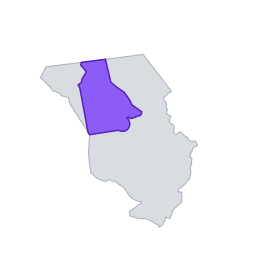 Chad, with Borkou highlighted, rotated 323°
{"feature_id": "TCD-5577", "entity_name": "Borkou", "entity_type": "Préfecture", "adm_level": 1, "iso_a3": "TCD", "parent_name": "Chad", "parent_adm1": "", "projection": "robinson", "projection_center": [18.999, 18.69], "detail": "fine", "context": "in_parent", "style": "filled", "palette": "violet", "viewbox_px": 256, "rotation_deg": 323, "n_neighbors": 0, "source": "natural_earth", "source_scale": "10m", "svg_char_len": 4640}
<svg xmlns="http://www.w3.org/2000/svg" viewBox="0 0 256 256"><g transform="rotate(323 128 128)"><path d="M184.4,78.3L184.4,83.8L184.4,89.3L184.5,94.8L184.5,100.3L184.6,105.8L184.6,111.3L184.6,116.7L184.7,122.2L184.7,124.1L184.6,124.8L184.3,125.0L181.7,124.5L180.6,124.5L179.1,124.9L176.8,125.1L175.3,125.0L174.2,126.0L173.4,127.1L173.8,129.8L173.7,130.7L173.4,131.7L172.7,132.5L172.0,133.1L171.6,133.7L171.1,134.9L170.7,135.5L170.8,136.3L170.7,137.1L170.2,137.5L169.2,137.8L168.5,138.2L167.9,138.8L167.5,139.2L167.7,139.8L168.0,140.5L168.2,141.8L168.3,142.5L168.8,143.1L169.1,143.5L169.2,144.0L168.9,144.4L167.6,145.3L167.1,145.6L166.5,146.1L166.3,146.2L165.3,147.1L164.8,147.8L164.6,148.4L164.6,149.3L165.1,150.6L165.6,151.7L165.9,152.5L166.0,153.4L165.9,154.2L165.7,155.0L165.2,155.6L163.4,156.9L162.5,158.3L161.8,160.0L161.6,160.9L161.8,161.5L162.2,162.0L162.7,162.3L163.5,162.3L164.8,162.1L166.0,161.9L167.3,162.5L168.0,163.9L167.7,164.9L168.2,166.8L168.7,169.0L168.6,169.8L168.8,170.1L169.6,170.2L169.8,170.7L169.5,174.7L169.9,175.8L170.5,176.6L171.1,177.0L171.7,177.5L172.0,177.9L172.7,177.9L173.5,178.7L173.7,179.6L173.7,180.6L173.2,182.6L172.9,183.9L172.4,183.8L171.5,183.5L170.3,183.2L168.9,183.0L167.6,183.5L166.1,184.2L165.7,184.7L165.3,185.1L164.6,185.0L164.0,185.1L163.7,185.6L163.2,186.2L161.1,187.3L160.7,187.7L160.4,188.1L160.4,188.6L160.6,189.5L160.6,190.7L160.1,191.7L159.6,192.3L159.0,192.5L158.5,192.7L158.1,193.1L157.1,195.2L156.6,195.6L155.6,195.5L152.9,198.8L152.6,199.7L151.6,201.0L150.3,202.5L149.2,203.3L149.1,203.5L148.8,203.8L148.1,204.2L145.7,206.0L142.7,205.9L141.4,206.6L140.2,206.9L138.4,207.3L137.8,207.2L135.4,207.4L132.7,207.3L131.6,207.6L130.6,208.3L129.9,208.9L129.8,209.1L129.9,209.4L129.9,209.6L131.8,211.0L132.3,211.8L131.8,212.5L131.6,212.6L131.2,213.2L130.1,214.9L128.4,216.8L127.5,217.4L127.1,217.8L126.7,219.1L126.4,219.3L125.2,219.5L122.9,219.6L119.6,220.0L117.7,220.2L116.5,220.1L114.8,221.0L114.2,221.2L113.8,221.3L112.1,222.2L110.7,223.5L110.2,223.8L108.2,224.4L107.5,225.3L107.1,225.4L105.8,224.1L105.0,223.0L104.6,221.9L104.5,221.5L104.3,221.6L103.6,222.1L103.0,222.7L102.7,223.7L100.7,224.5L98.9,225.1L98.1,225.9L96.9,226.3L95.3,226.1L94.1,225.8L92.9,225.7L93.5,224.7L93.7,224.0L93.8,223.1L93.7,222.5L93.0,222.2L92.6,221.7L91.5,218.8L90.5,215.9L89.0,213.0L87.4,211.1L86.3,210.0L85.9,209.9L85.3,209.5L84.9,209.2L82.8,207.2L80.6,205.0L80.0,204.0L78.9,202.5L77.7,201.0L77.0,200.3L76.7,199.0L77.6,197.9L78.5,196.4L79.6,195.5L81.1,195.4L83.5,195.8L86.0,195.9L88.6,195.6L89.2,195.4L89.9,195.5L91.3,195.8L93.7,195.7L94.9,195.1L93.6,194.1L92.1,192.6L90.8,190.8L90.0,189.3L89.3,187.2L88.6,184.7L88.2,181.5L88.3,179.7L88.5,178.4L89.2,176.3L88.7,175.0L88.8,174.0L88.8,172.5L88.5,171.7L87.6,169.3L87.4,169.0L86.6,167.3L86.3,164.4L85.4,162.5L83.9,161.6L83.0,160.5L82.7,158.5L82.1,158.0L79.8,157.3L77.9,157.3L76.4,155.1L74.6,152.3L73.0,149.6L71.9,144.3L71.3,141.3L72.0,140.4L73.4,138.2L75.2,134.1L79.2,127.7L81.3,124.4L85.4,119.5L90.4,113.6L93.3,110.2L93.8,104.0L94.3,97.5L94.6,92.6L95.1,86.7L95.5,81.9L95.8,78.3L96.2,73.3L96.6,72.3L98.5,68.4L98.7,67.8L98.3,67.2L95.6,63.8L94.7,63.1L94.2,61.3L94.9,60.4L91.6,54.7L90.8,54.0L90.4,53.4L90.4,52.3L90.4,48.4L89.5,42.3L88.4,35.2L92.3,33.2L95.3,31.7L99.1,29.7L102.6,31.7L107.7,34.6L112.8,37.5L117.8,40.4L122.9,43.4L128.0,46.3L133.1,49.2L138.2,52.1L143.3,55.0L148.5,57.9L153.6,60.8L158.7,63.7L163.8,66.7L168.9,69.6L174.1,72.5L179.2,75.4L184.4,78.3Z" fill="#d9dde1" stroke="#a8b0b8" stroke-width="1"/><path d="M133.1,49.2L134.2,49.8L135.5,50.5L136.8,51.3L138.1,52.0L139.4,52.8L140.8,53.5L142.1,54.3L143.4,55.0L144.7,55.8L146.0,56.5L147.3,57.3L148.7,58.0L150.0,58.8L151.3,59.5L141.9,81.0L143.5,88.3L146.4,97.1L146.4,101.4L146.1,106.8L145.1,112.0L147.8,120.5L148.7,123.3L147.1,124.9L146.1,125.0L145.7,125.3L145.1,125.4L144.9,125.4L143.8,124.8L143.3,124.4L143.1,124.3L142.7,124.1L141.9,124.0L140.4,123.8L139.8,123.7L139.4,123.4L138.1,123.0L137.3,122.8L137.1,122.8L135.7,121.7L135.4,121.4L135.2,120.1L135.2,119.9L135.1,119.7L134.9,119.5L134.4,119.3L134.2,119.3L133.9,119.4L133.7,119.1L133.4,119.2L133.5,120.5L133.4,121.9L133.3,122.1L132.5,124.7L132.2,125.4L131.6,126.1L130.4,127.2L130.0,127.6L128.9,128.1L126.7,128.9L126.4,128.9L125.5,128.9L123.3,128.4L122.6,128.0L121.3,127.1L120.3,126.1L119.4,124.9L118.9,124.1L118.7,123.9L106.1,117.1L93.4,110.3L93.2,110.2L93.3,109.8L93.3,109.2L93.4,108.6L93.4,108.1L93.4,107.5L101.9,90.6L107.8,78.7L113.6,67.0L114.1,63.6L117.3,63.6L118.6,63.3L119.9,61.8L122.1,60.6L126.0,59.1L128.4,58.2L128.6,55.4L128.4,52.4L128.1,49.3L130.2,47.5L131.5,48.3L132.9,49.0L133.1,49.2Z" fill="#8b5cf6" stroke="#5b21b6" stroke-width="1.5"/></g></svg>